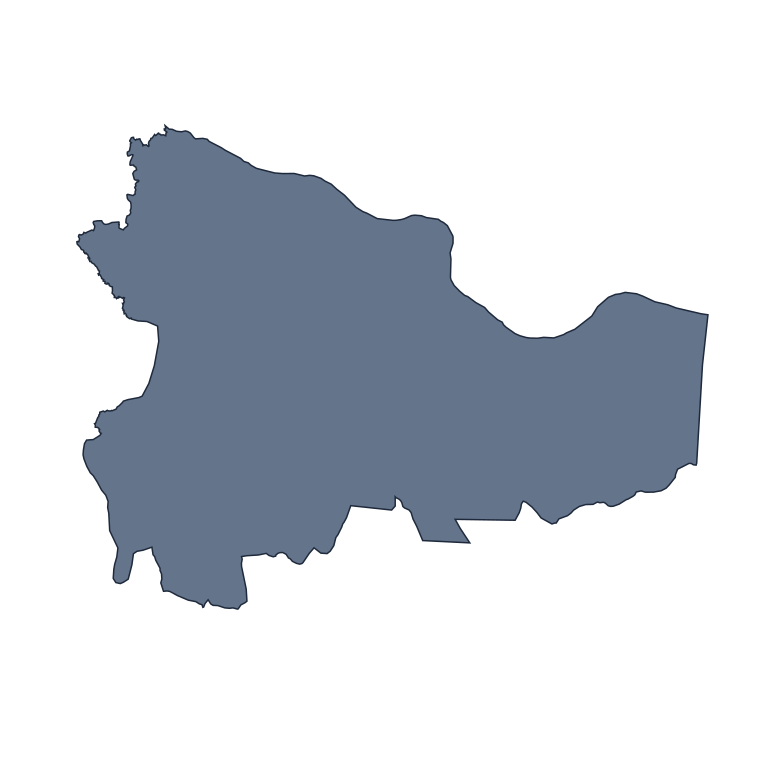 outline of Nandom, Upper West, Ghana, rotated 95°
{"feature_id": "2480657B7958262081913", "entity_name": "Nandom", "entity_type": "district", "adm_level": 2, "iso_a3": "GHA", "parent_name": "Ghana", "parent_adm1": "Upper West", "projection": "mercator", "projection_center": [-2.792, 10.867], "detail": "fine", "context": "isolated", "style": "filled", "palette": "slate", "viewbox_px": 768, "rotation_deg": 95, "n_neighbors": 0, "source": "geoboundaries", "source_scale": "gbopen_adm2", "svg_char_len": 6154}
<svg xmlns="http://www.w3.org/2000/svg" viewBox="0 0 768 768"><g transform="rotate(95 384 384)"><path d="M435.7,65.6L337.2,68.4L286.8,67.3L286.4,74.2L282.8,99.5L280.3,108.3L278.5,121.3L273.9,133.9L272.1,140.3L271.7,151.7L273.6,156.8L274.6,161.3L278.1,168.0L288.4,177.9L298.2,182.9L312.8,198.6L317.1,206.6L319.1,209.3L323.3,218.8L323.6,229.0L325.0,234.9L325.5,242.9L325.3,246.4L324.1,252.7L322.4,257.8L316.8,267.4L314.5,270.2L312.1,271.6L310.2,276.3L303.2,286.1L299.0,290.4L294.9,299.6L289.6,308.2L288.7,311.4L284.9,316.8L279.8,322.7L274.3,326.4L271.9,327.1L253.6,328.2L247.6,329.6L237.8,327.5L231.8,328.0L230.4,328.4L220.7,334.7L217.9,338.9L216.9,341.6L215.2,344.2L214.5,356.3L213.1,361.3L213.1,367.9L213.8,371.3L217.5,378.0L218.6,380.9L219.8,385.8L220.2,389.2L219.8,405.2L215.3,416.0L214.1,420.1L210.4,427.3L199.4,439.8L194.0,448.2L189.5,454.0L187.0,460.5L184.6,464.7L182.7,472.1L182.6,476.2L183.7,481.2L182.1,491.9L183.2,503.1L183.3,511.2L180.3,529.8L177.8,535.4L175.5,538.5L174.5,543.0L171.7,546.5L165.0,562.5L162.7,566.8L157.6,579.3L155.6,581.4L155.1,585.9L156.2,593.1L155.2,594.8L150.9,598.8L149.6,601.5L149.2,603.9L150.4,607.8L150.3,612.7L148.7,617.3L148.9,620.1L145.7,624.6L148.5,623.7L149.0,623.9L149.0,625.1L150.2,625.0L151.8,622.4L152.3,622.3L152.8,623.0L155.7,623.1L155.0,625.2L155.4,627.9L154.8,628.3L154.6,629.8L153.8,630.2L153.7,630.7L156.1,632.7L156.4,633.3L155.4,634.2L159.2,636.4L159.6,637.6L161.2,637.9L162.8,639.2L164.7,639.6L167.2,638.8L167.7,639.1L167.9,639.5L166.4,641.6L167.0,643.5L166.6,644.1L167.6,644.9L165.6,645.6L162.6,647.9L161.1,648.5L161.2,649.5L161.9,650.7L161.6,651.6L162.7,652.7L161.5,654.7L160.1,655.0L160.1,655.5L160.7,657.1L163.8,658.5L164.5,658.3L165.7,656.6L166.8,657.6L168.7,657.3L173.9,657.9L175.4,659.9L177.3,659.8L179.1,659.0L179.1,658.0L177.5,655.5L177.5,654.2L178.2,654.0L184.7,656.2L187.3,656.3L188.2,655.9L187.7,652.6L188.8,651.9L189.6,650.1L192.2,649.1L193.9,651.5L196.3,652.6L201.8,650.6L202.5,649.5L202.4,646.6L203.1,645.9L204.3,646.9L204.1,647.6L206.5,649.1L208.4,648.4L209.2,649.2L210.3,649.4L210.7,648.8L212.3,648.2L214.0,648.7L216.5,648.5L216.8,649.3L217.9,649.9L218.1,650.7L217.4,655.8L218.0,656.6L221.6,655.8L223.1,654.6L224.7,652.4L227.3,651.6L231.0,651.3L233.1,651.9L235.7,651.2L237.8,652.3L239.1,654.6L242.4,655.3L245.8,655.2L247.0,653.2L248.8,653.2L251.6,656.2L253.2,657.1L252.0,661.0L251.3,661.7L248.1,661.7L247.9,662.3L246.4,661.9L245.7,662.3L246.8,669.1L248.6,672.4L249.3,675.0L249.1,676.7L247.6,678.5L246.0,679.5L246.4,683.8L247.4,687.4L248.5,687.8L250.4,687.0L251.7,685.9L254.0,686.0L256.5,686.7L256.1,688.5L259.0,693.7L259.7,694.2L259.1,696.2L260.9,696.8L262.0,698.7L261.6,700.1L262.2,701.0L263.8,701.2L265.9,699.9L268.9,700.5L268.7,701.9L269.1,702.4L271.4,701.8L274.1,698.7L276.4,697.2L276.8,695.4L277.5,694.7L278.6,694.7L279.4,693.7L280.0,693.5L280.2,693.0L279.5,692.3L280.4,691.7L280.5,690.8L282.7,689.4L284.0,689.9L283.9,688.5L285.0,688.0L285.4,688.9L287.6,687.7L287.4,686.5L288.5,686.0L289.9,683.1L291.7,681.6L292.2,680.5L296.0,678.2L296.3,677.3L298.6,677.3L299.0,678.4L300.2,677.9L300.5,677.7L300.0,677.0L300.1,676.3L302.8,674.5L303.5,674.5L304.4,672.4L305.0,672.8L306.0,672.7L306.1,670.8L308.1,670.8L308.7,669.2L308.4,667.9L307.6,668.2L307.7,667.3L308.5,666.5L309.8,666.3L310.6,664.9L310.9,663.1L314.9,662.6L317.2,662.8L319.1,660.5L319.6,660.6L320.1,659.9L321.3,660.2L321.3,658.5L322.2,657.9L321.6,657.5L321.7,656.6L320.6,656.6L319.9,655.8L320.9,655.3L320.3,654.5L321.4,652.0L320.5,651.2L320.8,650.0L323.0,650.8L324.8,649.8L325.2,650.3L326.6,650.5L326.5,651.5L328.3,650.7L331.5,651.2L332.0,650.5L333.3,650.3L333.1,649.6L334.0,649.1L334.7,649.5L336.8,648.9L336.2,647.8L337.3,646.8L338.0,646.9L338.4,646.2L339.2,646.3L341.1,643.1L340.4,641.6L341.3,641.3L342.6,634.6L342.4,625.6L346.0,614.6L361.2,612.1L385.8,614.4L404.0,618.3L417.2,623.9L418.9,627.1L421.9,637.8L423.8,642.2L425.0,642.8L428.9,646.1L430.1,647.8L432.3,648.6L434.3,652.4L434.1,653.2L434.7,653.9L434.8,656.4L434.3,657.4L436.1,659.7L435.4,661.2L436.9,664.7L438.7,664.6L439.7,665.4L441.1,665.3L442.3,666.2L448.4,668.0L448.7,668.9L450.1,668.0L452.2,667.9L452.2,665.8L453.1,664.0L453.9,664.0L454.3,663.3L455.6,663.8L457.6,662.3L457.8,661.4L459.9,662.5L464.7,668.8L465.8,675.4L469.6,677.2L476.0,677.7L480.8,677.6L484.7,676.4L491.9,672.9L498.1,668.8L500.6,665.7L506.5,661.2L514.3,656.1L519.1,651.4L525.0,648.6L531.2,648.5L536.8,646.9L554.0,644.5L570.5,634.8L579.5,635.1L587.3,636.6L592.0,637.0L601.3,636.8L605.2,633.8L605.8,629.3L604.2,626.3L600.7,621.8L586.2,619.4L574.9,618.8L572.2,615.5L570.6,609.6L566.8,601.0L574.2,599.2L576.0,597.4L579.5,596.0L587.0,591.1L589.4,590.8L592.5,589.1L597.6,588.3L601.6,589.0L609.7,585.6L609.1,582.0L609.3,579.3L612.8,571.2L616.4,560.1L617.2,552.5L619.1,548.9L619.7,546.1L622.3,545.0L621.9,544.2L618.4,543.2L614.3,540.4L618.2,537.4L619.4,535.0L619.2,530.3L620.9,523.1L620.9,518.4L620.2,515.0L621.0,510.5L620.8,509.7L616.5,507.3L614.0,503.4L612.3,501.6L600.3,503.4L578.2,510.0L575.0,510.4L570.9,510.0L568.3,510.9L567.0,505.6L565.3,494.3L563.0,486.6L564.8,483.7L565.8,479.3L564.9,476.9L563.7,476.7L561.9,474.9L561.1,473.1L560.7,470.2L562.2,466.6L565.6,464.0L566.4,462.0L568.6,459.9L570.3,455.6L570.8,452.3L570.0,450.1L568.9,449.1L559.4,443.8L553.3,439.4L558.0,432.1L557.9,425.9L555.2,423.0L549.4,419.9L541.2,418.6L538.2,416.8L530.4,413.7L526.7,412.8L525.5,411.9L520.5,409.7L508.1,406.5L508.9,365.4L504.6,362.2L495.4,363.0L496.2,362.1L497.4,359.0L498.8,357.2L500.7,355.9L504.4,354.5L505.7,352.7L507.3,348.1L509.7,345.8L516.0,343.3L522.9,339.0L536.6,331.8L534.8,284.7L521.2,295.5L512.6,301.3L508.3,241.5L500.5,238.1L496.1,237.0L491.3,236.6L488.6,235.1L489.5,232.1L493.7,225.8L498.9,220.2L503.8,215.8L508.8,204.5L507.6,201.7L507.5,200.3L503.1,198.0L499.2,189.7L496.2,186.4L493.2,184.2L489.0,178.8L486.5,172.5L485.7,165.3L483.0,161.1L483.5,158.6L482.7,155.0L483.4,153.1L485.7,150.1L486.2,147.8L485.8,145.0L483.2,139.3L477.9,132.3L477.6,131.2L474.2,126.2L472.6,124.5L469.6,123.3L468.1,118.6L469.0,114.2L468.2,106.0L466.2,98.6L463.2,93.9L460.0,91.3L451.6,85.7L448.9,85.7L443.3,84.1L436.5,73.2L436.4,70.9L437.5,68.8L437.6,66.0L435.7,65.6Z" fill="#64748b" stroke="#1e293b" stroke-width="1.5"/></g></svg>